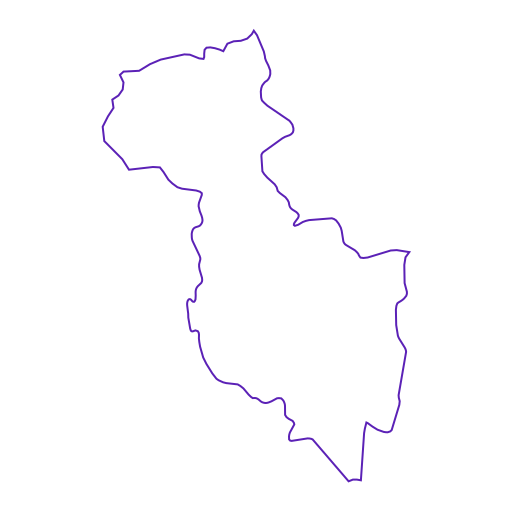 an SVG outline of San Miguel
{"feature_id": "SLV-1352", "entity_name": "San Miguel", "entity_type": "Department", "adm_level": 1, "iso_a3": "SLV", "parent_name": "El Salvador", "parent_adm1": "", "projection": "orthographic", "projection_center": [-88.259, 13.545], "detail": "fine", "context": "isolated", "style": "outline", "palette": "violet", "viewbox_px": 512, "rotation_deg": 0, "n_neighbors": 0, "source": "natural_earth", "source_scale": "10m", "svg_char_len": 3532}
<svg xmlns="http://www.w3.org/2000/svg" viewBox="0 0 512 512"><path d="M223.3,51.2L227.4,43.7L233.7,41.3L240.8,40.8L247.2,38.6L251.8,34.2L253.8,30.7L257.0,35.2L263.8,51.4L264.9,56.2L265.1,58.2L266.0,60.8L268.3,65.4L270.2,70.4L270.3,74.0L269.9,75.7L269.4,77.2L268.7,78.6L267.8,79.8L266.8,80.8L265.5,81.6L264.5,82.5L262.7,84.8L262.0,86.0L261.7,87.0L261.3,88.1L260.8,91.5L261.1,97.3L261.5,99.0L262.0,100.5L264.1,102.7L267.4,105.7L289.5,120.8L290.8,122.4L292.4,124.7L293.4,128.3L293.4,130.5L292.9,132.3L292.0,133.4L290.9,134.4L289.5,135.2L285.1,136.8L282.4,138.3L263.1,152.2L262.2,153.3L261.5,154.6L261.4,156.2L262.4,171.3L264.2,174.1L267.3,177.6L274.7,184.3L276.7,187.3L277.7,190.9L279.8,193.0L285.4,197.2L287.6,200.0L288.8,202.3L289.1,204.2L289.5,205.8L290.1,207.2L291.0,208.4L292.3,209.5L296.4,212.1L297.8,213.5L298.7,215.0L298.6,216.6L298.0,218.0L294.5,222.7L293.9,224.0L293.9,225.1L294.9,225.8L298.1,224.8L302.8,222.0L305.8,220.9L309.1,220.1L331.8,218.3L334.0,219.0L336.1,220.4L338.6,223.6L340.8,227.7L341.7,230.9L343.4,241.6L344.1,243.0L345.0,244.2L346.2,245.1L354.9,250.3L356.8,252.1L358.2,253.7L358.7,254.9L359.7,256.6L360.5,257.6L363.4,258.0L367.7,257.5L390.7,250.5L396.7,250.1L409.3,252.1L405.5,257.3L404.3,264.9L404.6,283.1L406.9,291.8L406.9,293.8L406.3,295.8L404.1,298.5L402.5,299.9L400.9,301.0L398.4,302.5L397.3,303.4L396.4,305.8L395.9,309.7L396.2,325.1L397.9,335.7L398.5,337.3L399.2,338.7L404.7,347.5L405.4,348.9L405.9,350.4L406.1,351.9L398.6,395.2L398.8,397.7L399.7,401.2L399.3,404.9L391.7,430.0L390.3,431.4L387.6,432.3L385.6,432.2L383.7,431.9L377.5,429.7L372.5,426.6L367.7,423.1L366.4,422.5L364.9,428.5L364.1,433.1L360.9,480.3L356.9,479.6L352.9,479.6L348.6,481.3L312.6,439.4L311.1,438.8L309.4,438.5L307.6,438.4L291.6,440.9L290.2,440.6L289.1,439.4L289.0,436.4L289.3,434.4L289.9,432.5L294.3,424.4L293.9,422.8L292.6,420.9L288.7,418.8L286.5,417.1L285.1,414.9L285.0,405.9L284.8,404.2L284.2,402.3L283.3,400.5L281.3,398.4L278.9,398.1L277.0,398.3L271.5,401.3L268.5,402.5L266.9,402.9L265.2,403.0L263.6,402.7L262.1,402.2L260.8,401.4L258.6,399.5L257.4,398.7L255.9,398.1L254.2,398.0L252.7,398.1L251.0,396.9L248.6,394.6L243.4,388.4L240.4,386.0L237.7,384.4L226.2,383.1L223.1,382.3L218.7,380.3L217.5,379.5L216.4,378.7L212.3,373.4L206.4,363.9L203.2,357.5L200.1,346.7L199.3,342.0L198.9,338.5L199.0,334.6L198.7,332.7L197.8,331.2L195.4,330.4L192.7,331.4L191.7,331.3L190.9,330.7L190.2,328.7L188.3,317.6L188.2,313.7L187.2,305.7L187.1,303.9L187.3,302.1L187.8,300.6L188.7,299.4L189.8,299.1L190.6,299.4L191.3,300.0L192.1,301.0L193.0,301.7L194.1,301.8L194.9,300.9L195.5,299.3L195.7,295.6L195.6,291.9L195.8,290.1L196.3,288.5L197.1,287.1L198.0,286.0L201.1,283.1L201.3,282.9L202.0,281.4L202.2,280.0L202.0,277.8L199.6,269.8L199.1,266.7L199.1,264.2L200.3,259.5L200.3,258.0L199.6,255.8L192.5,240.8L192.0,239.1L191.8,237.4L191.7,233.9L192.0,232.1L192.5,230.5L193.1,229.2L194.1,228.1L195.4,227.3L198.6,226.3L199.9,225.6L200.9,224.5L201.7,223.3L202.3,221.8L202.5,220.2L202.2,218.0L201.5,215.6L199.8,211.3L198.6,206.2L198.7,204.5L199.0,202.7L201.8,194.9L201.8,193.2L199.9,191.7L196.2,190.5L182.0,188.7L177.4,187.2L172.4,183.5L168.4,179.7L163.5,172.0L159.9,167.4L152.9,167.0L129.0,169.7L122.3,159.2L104.3,141.1L102.7,126.9L102.7,126.7L108.0,116.3L113.5,107.9L112.3,99.6L118.5,95.5L122.7,89.5L123.5,82.4L119.9,74.9L122.5,72.6L123.5,71.6L139.1,70.8L150.1,64.1L160.7,59.6L184.3,54.4L189.9,54.7L199.2,58.4L203.5,58.9L204.2,57.1L204.2,53.6L204.6,49.8L206.5,47.7L210.3,47.4L214.9,48.2L219.6,49.6L223.3,51.2Z" fill="none" stroke="#5b21b6" stroke-width="2"/></svg>